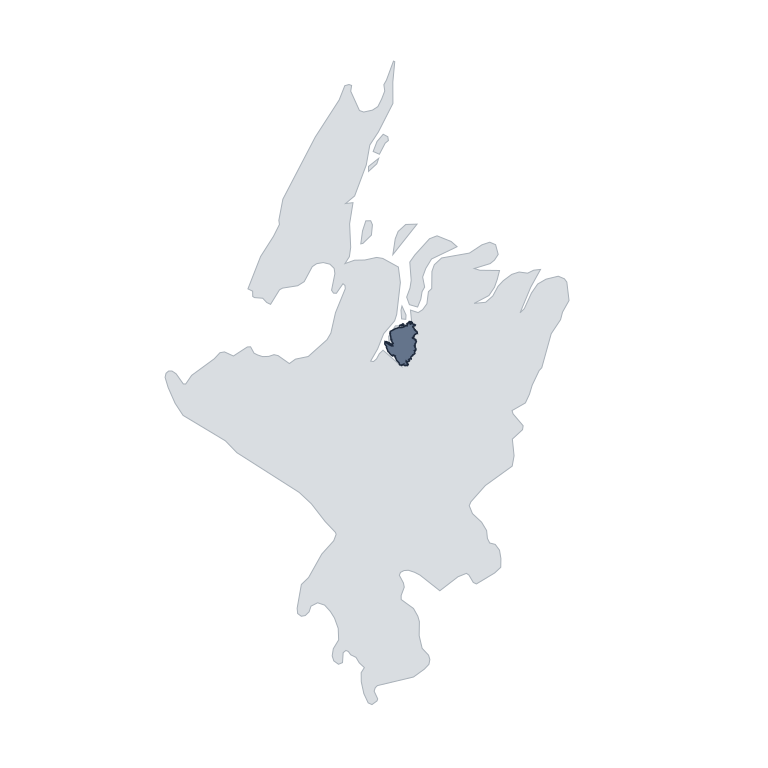 location of Shariatpur, Dhaka, Bangladesh, rotated 214°
{"feature_id": "16705992B92388810566131", "entity_name": "Shariatpur", "entity_type": "district", "adm_level": 2, "iso_a3": "BGD", "parent_name": "Bangladesh", "parent_adm1": "Dhaka", "projection": "mercator", "projection_center": [90.365, 23.228], "detail": "fine", "context": "in_parent", "style": "filled", "palette": "slate", "viewbox_px": 768, "rotation_deg": 214, "n_neighbors": 0, "source": "geoboundaries", "source_scale": "gbopen_adm2", "svg_char_len": 9203}
<svg xmlns="http://www.w3.org/2000/svg" viewBox="0 0 768 768"><g transform="rotate(214 384 384)"><path d="M273.6,536.1L273.5,519.2L262.3,485.7L262.9,482.0L260.5,465.9L257.7,456.9L256.2,447.4L263.0,433.6L260.3,431.4L245.3,427.2L243.6,423.6L246.8,410.1L236.0,397.2L231.8,387.6L243.2,356.6L246.1,335.0L245.3,330.8L238.2,326.0L225.8,324.0L217.0,319.9L211.9,313.8L207.5,311.3L202.1,313.2L195.3,310.8L189.5,304.7L184.7,297.3L186.6,289.2L195.6,269.9L199.0,269.4L206.8,273.1L209.8,273.1L214.9,265.5L222.1,243.8L247.3,245.7L253.4,245.0L259.7,243.2L263.1,240.5L265.0,237.0L264.3,234.0L256.6,229.9L253.6,226.9L251.5,218.2L249.2,214.9L234.0,214.4L226.1,210.4L221.8,206.8L214.1,195.0L204.6,186.2L195.4,184.1L191.9,181.2L190.0,176.7L191.1,170.2L195.7,157.6L220.8,130.3L221.4,127.3L220.4,123.8L213.1,119.4L212.6,117.3L214.7,111.5L218.8,110.8L227.5,116.0L236.3,124.4L241.5,131.9L241.7,137.9L248.6,139.0L254.3,141.7L260.2,140.9L264.0,142.3L266.6,141.8L267.6,138.4L262.6,129.8L265.0,126.2L270.8,126.4L274.9,129.6L278.0,136.2L278.5,146.5L285.3,155.8L294.2,162.3L301.2,165.4L309.6,167.5L316.7,165.5L320.3,159.0L318.7,153.2L319.8,148.0L322.7,145.2L327.2,145.4L330.6,149.5L340.4,171.6L338.3,181.4L340.5,208.2L338.0,225.9L339.6,232.6L341.2,233.8L356.0,237.1L377.3,244.1L393.7,246.7L467.5,244.8L483.7,248.2L533.0,245.6L546.4,251.2L561.0,260.4L569.2,267.1L570.7,271.0L569.8,274.3L567.0,276.2L562.0,276.2L550.4,271.8L548.4,273.1L548.3,283.6L538.8,310.0L537.5,318.2L534.2,321.4L524.5,323.0L518.0,338.3L515.4,340.2L509.0,336.9L505.0,337.4L500.0,338.8L495.0,342.4L491.6,346.8L487.7,348.3L473.9,348.0L471.3,355.1L462.2,364.4L456.0,388.9L456.5,396.5L464.1,416.0L469.4,441.4L471.5,443.9L474.1,444.2L474.2,432.6L476.7,431.1L479.9,432.4L486.4,448.0L490.0,452.0L495.8,453.1L502.3,450.7L507.1,446.1L509.1,441.2L507.4,424.2L510.5,417.2L521.7,406.8L523.3,403.7L522.6,386.6L526.8,386.0L532.5,387.3L539.7,383.2L541.8,383.2L544.8,387.5L550.0,386.8L557.6,420.7L558.2,444.6L559.9,457.8L562.7,460.9L571.2,480.7L579.1,550.4L580.0,594.4L583.3,609.4L580.5,612.7L577.8,613.4L575.3,608.1L557.3,597.0L552.9,598.1L546.7,604.6L544.2,610.6L545.3,619.0L547.2,627.3L551.5,632.1L551.9,637.3L556.7,657.0L555.3,657.2L545.5,639.2L533.5,621.6L529.6,589.9L529.4,574.2L521.2,555.7L513.5,523.5L516.8,512.1L511.1,517.0L502.1,497.6L488.0,478.6L483.9,470.2L483.7,462.0L477.6,470.2L469.3,476.0L460.9,484.8L455.3,487.4L437.5,489.0L427.2,477.3L412.4,448.8L410.5,442.3L412.4,425.5L408.9,409.5L407.9,395.5L405.3,396.7L404.2,400.6L404.8,406.5L403.7,411.5L378.9,408.3L389.5,416.7L400.9,418.6L406.8,426.1L407.1,438.6L396.0,446.1L397.0,452.4L403.4,460.1L395.6,462.3L393.5,467.3L393.3,474.5L398.8,485.4L397.8,489.8L407.2,504.1L409.0,511.0L406.7,520.7L386.4,540.3L380.6,554.2L375.6,560.7L369.4,561.9L361.8,555.3L361.7,548.5L363.3,543.2L373.8,530.2L368.1,531.9L351.7,542.7L348.6,534.0L346.5,525.9L346.5,516.0L354.4,501.2L345.4,508.6L343.0,517.8L344.1,528.7L342.9,536.3L339.4,546.3L334.6,552.4L326.9,556.2L323.5,562.1L318.3,566.5L316.5,546.3L311.0,519.1L309.8,524.9L312.6,541.8L312.5,552.8L308.3,561.5L299.8,570.8L293.3,572.1L289.4,570.7L277.3,556.7L276.2,543.4L273.6,536.1ZM422.9,536.5L407.9,539.7L400.2,538.7L414.5,514.2L414.0,503.2L411.8,494.3L404.5,487.1L404.1,481.9L400.9,474.9L399.2,466.6L407.3,464.0L413.8,468.7L416.1,478.1L419.4,485.1L430.8,499.5L430.6,508.3L427.5,529.9L422.9,536.5ZM455.2,528.4L446.0,535.0L449.0,496.2L455.9,510.7L457.6,518.4L455.2,528.4ZM490.3,509.1L486.3,511.9L482.6,509.5L477.7,500.4L480.1,488.8L481.6,487.2L487.4,498.9L490.3,509.1ZM524.3,590.6L519.1,591.1L516.5,588.3L517.7,584.4L516.3,571.9L523.0,570.7L525.4,581.2L524.3,590.6ZM518.5,555.7L514.6,568.1L513.1,562.5L515.7,551.6L518.5,555.7ZM411.2,454.7L412.7,458.7L404.3,453.5L402.1,449.8L405.8,447.8L411.2,454.7Z" fill="#d9dde1" stroke="#a8b0b8" stroke-width="1"/><path d="M398.8,444.7L398.8,443.9L399.2,442.9L399.9,441.8L400.3,441.3L400.9,440.7L403.2,439.1L403.8,438.5L404.1,437.8L404.3,437.5L405.1,436.8L405.7,436.0L406.0,435.1L406.4,434.4L406.6,434.2L407.0,433.2L407.5,432.4L408.2,431.1L407.8,430.2L407.7,429.9L407.2,429.8L407.4,429.3L407.2,429.2L407.1,429.3L407.0,429.0L406.8,428.8L406.3,428.4L406.2,428.2L405.4,427.4L405.2,427.4L405.0,427.0L404.9,427.0L404.8,426.8L404.5,426.6L403.7,425.6L403.5,425.2L402.9,424.5L402.7,424.4L402.5,424.5L402.4,424.6L402.6,424.9L402.5,425.0L402.3,424.5L401.8,424.3L401.2,423.6L400.8,423.4L399.8,423.1L399.5,422.9L399.1,422.8L399.3,422.1L399.2,422.0L399.3,421.5L398.8,421.0L398.2,420.8L398.0,420.6L398.8,420.9L398.5,420.7L398.9,420.6L399.2,420.4L399.4,420.5L399.2,420.5L399.3,420.6L399.6,420.6L399.9,420.3L400.1,420.4L400.6,420.3L400.9,420.5L401.1,420.5L401.1,420.4L401.1,420.1L401.3,419.8L401.3,419.7L399.5,419.9L399.4,419.8L400.4,419.6L401.5,419.5L401.9,419.4L402.9,419.5L404.0,419.5L404.1,419.4L405.2,419.5L406.8,419.6L406.1,418.2L405.5,417.5L403.0,416.6L402.7,416.4L402.5,415.8L402.3,415.5L400.4,414.4L400.0,414.0L399.7,413.8L398.8,413.1L398.3,413.2L397.8,413.1L396.3,412.5L395.6,412.4L394.5,412.1L393.0,412.0L392.9,412.0L393.1,412.6L392.9,412.8L392.6,413.0L392.5,412.9L392.2,412.9L392.1,413.4L391.7,413.3L391.2,413.0L390.9,413.2L390.8,413.5L390.6,413.5L390.6,413.2L390.4,413.3L390.4,413.0L390.2,412.9L389.9,412.7L389.3,412.5L389.3,412.4L389.4,412.2L388.0,411.5L387.3,411.0L386.8,410.7L386.2,410.5L383.5,410.0L383.0,409.7L382.3,409.0L381.8,408.7L381.6,408.7L380.6,409.2L380.4,409.3L380.0,409.2L379.6,409.7L379.3,410.3L379.1,410.3L379.1,410.7L379.3,410.7L379.1,411.0L379.1,410.8L379.0,411.0L378.0,411.0L377.8,410.9L377.5,410.8L376.9,410.9L376.5,411.2L376.4,411.3L376.6,411.5L376.3,411.9L375.5,412.1L375.5,412.3L375.1,412.3L374.8,412.4L374.8,412.7L374.8,413.6L375.0,413.7L375.0,413.8L375.3,413.8L375.3,414.0L375.5,414.1L376.5,414.1L376.8,414.4L377.4,414.5L378.0,414.8L378.4,415.2L378.5,415.5L378.1,415.4L376.9,415.6L376.9,415.8L376.1,416.4L375.9,417.0L375.8,417.4L375.8,417.6L376.2,417.8L376.7,417.8L376.8,418.1L376.8,418.4L377.1,418.3L377.0,418.9L376.2,419.5L375.4,419.9L375.6,420.3L376.3,420.4L376.5,421.0L376.8,421.4L376.7,421.9L376.7,422.3L376.6,422.6L376.2,423.1L376.3,423.2L376.2,423.4L376.4,424.0L376.2,424.0L376.0,424.5L375.8,425.4L375.6,425.8L375.4,426.5L375.5,426.6L376.0,426.7L376.1,427.0L376.4,427.3L376.4,427.7L376.6,428.0L376.6,429.5L376.8,429.4L377.3,429.1L377.0,430.2L377.0,430.7L377.0,430.8L377.7,431.4L378.7,431.5L379.0,432.3L379.3,432.8L379.4,432.7L379.5,432.4L380.1,432.5L380.3,432.9L380.4,433.0L380.3,433.4L380.2,434.1L380.6,434.6L380.8,434.8L380.8,435.2L380.6,435.4L380.6,435.8L381.0,437.5L381.3,437.7L381.8,437.6L382.3,437.6L382.3,438.0L382.5,438.2L382.4,438.5L382.5,438.6L383.0,438.5L383.1,438.3L383.6,438.5L384.1,438.2L384.6,438.2L384.6,438.4L384.8,438.4L384.9,438.6L385.1,438.5L385.1,438.2L385.3,438.2L385.5,438.0L386.1,438.0L386.3,438.1L386.3,438.5L386.2,438.7L385.7,439.1L385.8,439.6L385.6,440.0L385.8,440.4L386.2,440.4L386.1,440.8L385.9,441.1L386.1,441.4L386.2,441.7L386.1,442.4L385.8,442.6L385.7,442.7L385.7,443.0L385.4,443.6L385.5,443.8L385.4,444.0L385.1,444.3L385.1,444.5L384.7,444.6L385.0,444.9L385.2,445.0L385.3,445.4L385.7,445.6L385.8,445.8L386.5,446.0L386.8,445.8L387.3,445.9L387.5,445.7L388.2,446.0L388.4,446.0L388.8,445.9L389.0,446.0L388.9,446.4L389.4,446.3L389.6,446.5L389.8,446.7L391.0,447.3L391.3,447.2L391.9,447.3L392.1,447.4L392.3,447.6L392.3,447.9L392.2,448.4L391.9,448.6L391.4,449.0L390.9,449.6L390.9,449.9L391.0,450.2L391.0,450.5L391.3,450.5L392.0,450.5L392.4,450.3L392.4,450.2L393.0,450.0L394.0,450.0L395.2,449.7L395.4,449.6L395.5,449.1L395.5,448.9L395.3,448.6L395.5,448.4L395.6,448.7L395.6,449.4L396.9,448.8L398.2,448.0L398.6,447.5L398.7,446.6L397.8,446.5L397.8,446.0L397.4,445.0L398.8,444.7ZM402.6,419.9L402.6,419.7L402.4,419.7L402.1,419.6L401.8,419.7L401.6,420.0L401.5,420.3L401.5,420.6L401.9,420.8L402.3,420.7L402.4,420.9L402.5,421.0L402.6,420.9L402.7,420.7L402.8,420.7L402.9,420.9L402.9,420.5L403.0,420.5L403.1,420.4L403.0,420.7L403.4,420.6L403.5,420.7L403.4,420.9L403.4,421.0L403.8,420.9L404.0,420.3L403.4,420.4L404.3,420.1L405.1,420.0L405.2,419.8L403.8,419.7L402.6,419.9ZM403.4,441.7L403.6,441.6L403.5,441.2L403.4,441.4L403.1,441.6L403.0,441.8L402.9,442.0L402.7,442.3L402.5,442.1L402.4,442.1L401.7,442.6L401.3,443.0L401.2,443.0L401.1,442.9L400.6,443.3L400.3,443.3L400.2,443.4L400.3,443.1L400.2,443.1L400.2,443.3L400.3,443.6L400.4,443.9L400.6,444.0L400.9,443.4L401.1,443.2L401.8,443.0L402.2,442.6L402.7,442.4L402.3,443.0L402.5,443.0L403.2,442.2L403.3,441.8L403.4,441.7ZM398.0,449.1L397.0,449.6L396.8,450.1L396.8,450.3L396.8,450.5L397.6,449.9L398.0,449.9L398.0,449.1ZM404.9,420.6L405.5,420.6L406.1,420.3L406.2,420.2L405.8,420.1L405.1,420.3L404.9,420.4L404.8,420.6L404.9,420.6ZM401.4,444.5L401.5,444.3L401.5,444.2L401.2,444.2L401.1,443.8L401.3,443.5L401.3,443.4L401.0,443.9L400.9,444.4L401.4,444.5ZM399.7,420.8L399.2,420.7L398.9,420.8L400.1,421.3L399.3,420.9L399.7,420.8ZM395.2,450.2L395.4,450.1L395.4,449.9L394.8,450.1L395.2,450.2ZM404.6,420.7L404.7,420.4L404.4,420.3L404.3,420.5L404.5,420.7L404.6,420.7ZM402.0,444.5L402.1,444.2L401.8,444.2L401.7,444.5L402.0,444.5ZM395.3,450.8L395.2,450.6L394.7,450.6L394.9,450.8L395.3,450.8ZM400.3,420.8L400.1,420.9L400.4,421.0L400.9,420.9L400.3,420.8ZM400.7,421.3L400.7,421.2L400.4,421.2L400.4,421.3L400.7,421.3Z" fill="#64748b" stroke="#1e293b" stroke-width="1.5"/></g></svg>